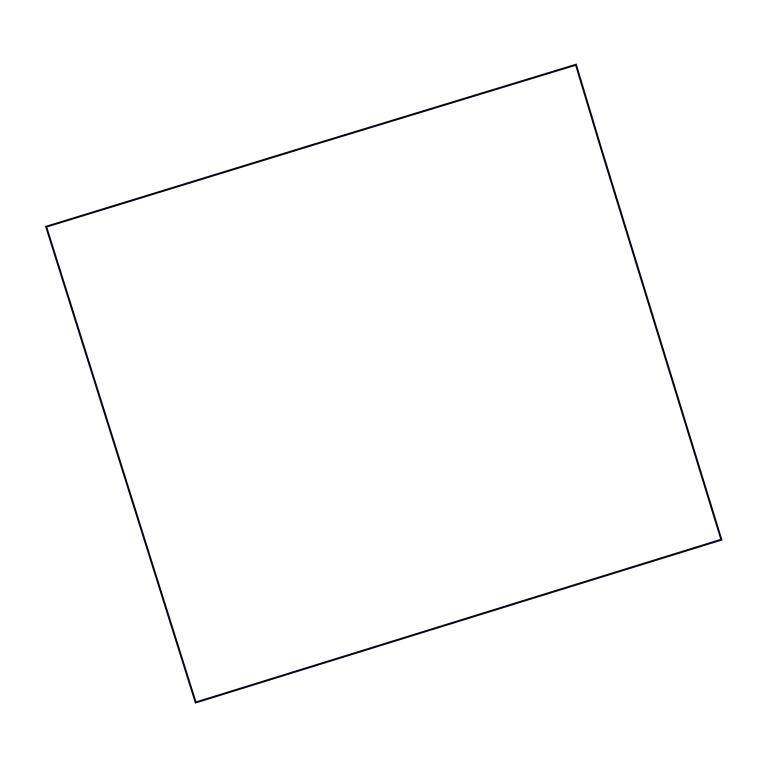 outline of Floyd, Texas, United States of America, rotated 73°
{"feature_id": "52423323B99276961620993", "entity_name": "Floyd", "entity_type": "district", "adm_level": 2, "iso_a3": "USA", "parent_name": "United States of America", "parent_adm1": "Texas", "projection": "albers", "projection_center": [-101.357, 34.071], "detail": "fine", "context": "isolated", "style": "outline", "palette": "ink", "viewbox_px": 768, "rotation_deg": 73, "n_neighbors": 0, "source": "geoboundaries", "source_scale": "gbopen_adm2", "svg_char_len": 261}
<svg xmlns="http://www.w3.org/2000/svg" viewBox="0 0 768 768"><g transform="rotate(73 384 384)"><path d="M134.8,661.1L633.5,657.2L632.2,315.7L631.5,106.9L223.3,107.5L134.8,107.1L134.5,380.9L134.8,661.1Z" fill="none" stroke="#020617" stroke-width="2"/></g></svg>